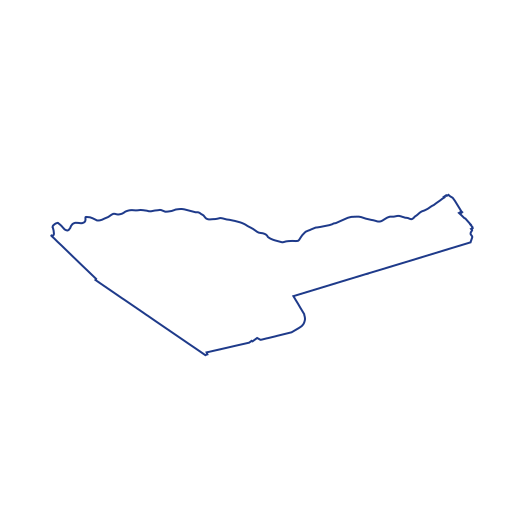 Uithoorn, Noord-Holland, Netherlands, rotated 195°
{"feature_id": "6326949B94592387287284", "entity_name": "Uithoorn", "entity_type": "district", "adm_level": 2, "iso_a3": "NLD", "parent_name": "Netherlands", "parent_adm1": "Noord-Holland", "projection": "equal_earth", "projection_center": [4.794, 52.234], "detail": "fine", "context": "isolated", "style": "outline", "palette": "blue", "viewbox_px": 512, "rotation_deg": 195, "n_neighbors": 0, "source": "geoboundaries", "source_scale": "gbopen_adm2", "svg_char_len": 5980}
<svg xmlns="http://www.w3.org/2000/svg" viewBox="0 0 512 512"><g transform="rotate(195 256 256)"><path d="M52.3,324.7L52.3,325.3L52.0,329.3L52.0,329.9L52.0,330.1L52.0,330.3L52.2,330.7L52.4,331.0L52.6,331.2L52.9,331.4L54.1,332.4L54.3,332.6L54.4,332.8L54.5,333.1L54.6,333.6L54.6,334.4L54.6,334.6L54.4,335.0L54.0,336.4L53.9,336.8L54.0,337.0L55.2,337.8L54.0,338.8L54.5,339.4L54.6,339.5L54.6,339.9L54.5,340.0L57.0,341.8L56.8,342.0L57.6,342.5L63.5,346.4L64.5,346.5L65.6,347.1L68.6,348.8L71.1,350.1L70.4,350.8L69.7,350.1L69.1,350.7L68.9,350.7L68.8,350.8L68.2,351.7L68.8,352.0L69.7,352.7L70.7,353.7L78.1,360.7L80.3,362.5L81.1,363.1L82.4,363.5L83.6,363.8L84.9,364.3L85.9,364.9L87.3,363.5L88.0,363.9L89.9,361.7L89.2,361.3L90.7,359.7L92.7,357.1L95.5,353.8L97.5,351.2L98.1,350.7L99.0,349.9L99.9,348.9L101.5,347.0L102.0,346.4L102.7,345.7L103.6,344.9L104.5,344.1L105.2,343.5L105.8,343.1L107.0,342.3L107.4,342.0L108.1,341.3L108.8,340.5L109.6,339.4L110.5,338.0L111.3,336.9L111.5,336.6L112.3,335.8L112.4,335.6L112.8,335.1L113.0,334.8L113.5,333.7L114.1,332.9L114.6,332.3L114.9,332.1L115.4,331.8L115.7,331.7L116.4,331.7L117.1,331.7L117.4,331.8L117.8,331.8L119.1,332.0L119.8,331.9L120.4,331.9L121.1,331.7L122.1,331.6L123.5,331.7L124.7,331.7L125.9,331.8L127.5,331.8L128.0,331.8L128.4,331.7L129.2,331.5L130.0,331.2L132.6,329.9L133.3,329.6L136.6,328.7L137.1,328.5L137.3,328.3L137.7,328.1L139.1,327.1L140.3,325.9L141.9,324.2L143.0,323.0L144.0,322.1L145.2,321.4L146.1,321.1L147.6,320.8L149.6,320.9L152.0,320.9L154.0,320.7L157.2,320.6L159.6,320.5L164.5,320.8L166.9,320.6L170.1,319.7L173.9,318.5L175.6,317.6L177.3,316.6L183.9,311.3L187.2,308.6L187.7,308.3L188.6,307.9L189.3,307.6L189.9,307.1L190.6,306.4L193.1,304.8L199.0,301.9L201.2,300.8L204.1,299.5L205.5,299.0L205.7,298.9L206.0,298.7L209.3,296.2L210.4,295.3L210.7,295.0L211.9,294.2L212.3,293.9L213.7,292.8L213.9,292.7L214.7,291.7L215.5,290.3L216.1,289.2L216.7,288.1L217.5,285.9L217.9,284.7L218.2,283.7L218.5,282.8L218.7,282.5L218.8,282.2L219.1,281.8L219.4,281.5L219.8,281.3L220.4,281.1L221.5,280.7L222.6,280.5L223.3,280.3L224.4,280.1L227.5,279.1L228.7,278.7L230.2,278.1L230.7,277.9L232.9,276.6L233.3,276.4L233.7,276.2L234.0,276.1L234.8,276.0L237.1,276.0L239.4,276.0L241.7,276.0L243.6,276.1L244.4,276.2L246.5,276.5L247.2,276.7L248.5,277.1L248.8,277.2L249.3,277.4L249.7,277.7L250.5,278.5L251.8,279.2L252.4,279.4L253.5,279.6L255.1,279.7L255.4,279.7L257.8,279.4L258.3,279.4L258.9,279.3L259.5,279.3L260.4,279.5L260.7,279.5L261.3,279.7L265.9,281.4L266.4,281.5L267.9,281.9L270.7,282.5L272.0,282.8L273.8,283.4L275.3,283.8L277.7,284.2L279.9,284.4L280.7,284.4L282.1,284.4L285.8,284.4L287.0,284.3L291.0,284.1L293.8,283.7L294.2,283.7L295.9,283.7L297.7,283.7L299.0,283.6L299.9,283.5L300.4,283.4L300.8,283.2L303.0,282.0L304.5,281.3L305.9,280.8L306.9,280.5L308.1,280.1L310.0,279.4L310.8,279.2L311.5,279.1L312.4,279.1L313.1,279.2L313.5,279.2L313.9,279.4L314.4,279.6L315.3,280.2L316.8,281.3L317.2,281.6L317.6,281.7L317.8,281.8L318.4,282.0L319.4,282.2L320.0,282.4L321.5,283.0L322.0,283.1L322.8,283.2L323.1,283.2L323.5,283.2L325.4,282.7L325.8,282.6L327.1,282.6L337.3,282.5L339.1,282.3L340.3,282.1L342.1,281.5L344.4,280.6L345.6,280.1L347.4,278.8L348.5,278.1L349.0,277.7L352.9,276.0L355.1,275.3L359.3,275.8L359.9,275.8L360.4,275.7L360.9,275.6L362.4,274.9L365.6,273.7L368.2,272.4L368.8,272.1L369.7,271.8L371.1,271.5L373.2,271.5L375.5,271.2L376.4,271.1L377.1,271.0L378.7,270.7L379.4,270.6L382.4,269.4L383.4,269.1L384.1,268.9L387.8,268.2L388.7,267.9L390.0,267.4L391.3,266.7L392.1,266.2L392.7,265.8L393.5,265.2L394.2,264.5L394.8,263.7L395.7,262.8L396.5,262.1L397.0,261.8L397.7,261.4L399.1,260.7L399.4,260.6L399.9,260.4L400.5,260.3L401.6,260.2L402.3,260.2L403.1,260.2L403.7,260.1L404.4,259.9L404.9,259.7L405.1,259.5L405.6,259.1L406.4,258.3L407.0,257.6L408.6,255.7L408.8,255.5L409.0,255.3L412.0,253.0L413.4,251.8L414.1,251.2L416.1,250.0L417.2,249.6L418.3,249.3L418.9,249.2L419.3,249.3L420.6,249.6L423.8,250.2L425.2,250.3L425.7,250.4L426.3,250.4L427.1,250.3L430.0,249.8L430.3,249.7L430.6,249.5L430.6,249.3L430.7,249.1L430.4,247.9L430.1,247.0L430.1,246.7L430.0,246.0L430.0,245.7L430.1,245.3L430.2,244.9L430.5,244.3L430.7,244.1L431.1,243.7L432.0,243.0L432.3,242.8L432.9,242.6L433.3,242.4L433.8,242.3L436.0,242.0L438.8,241.4L439.3,241.2L439.6,241.0L440.1,240.7L440.7,240.2L441.5,239.4L442.1,238.0L442.5,236.9L442.6,236.3L442.6,235.9L442.6,235.5L442.7,235.0L443.2,233.8L443.6,232.8L444.0,232.4L444.3,232.1L444.5,232.0L444.8,231.8L445.2,231.8L445.4,231.8L446.2,231.8L447.2,232.0L448.1,232.3L448.7,232.8L449.6,233.3L450.2,233.7L451.2,234.4L452.4,235.1L453.6,235.7L455.7,236.6L455.8,236.7L456.0,236.7L456.3,236.6L456.9,236.2L457.7,235.7L458.5,234.9L459.5,233.5L459.7,233.2L459.8,233.0L459.9,232.7L460.0,232.5L460.0,231.5L460.0,231.2L459.6,230.8L459.2,230.2L458.5,228.9L458.3,228.6L458.1,228.2L457.2,225.9L457.0,225.4L456.9,224.9L456.9,224.6L456.9,224.4L457.0,223.9L457.1,223.6L457.2,223.4L457.3,223.3L457.5,223.2L457.9,223.0L458.2,222.9L458.4,222.9L459.6,223.0L457.2,221.6L455.9,221.0L451.6,218.5L447.1,216.1L431.9,207.6L420.5,201.3L404.5,192.5L404.9,191.3L400.2,189.6L374.1,180.4L372.5,179.9L368.8,178.6L360.8,175.8L348.6,171.5L347.6,171.1L346.6,170.8L346.2,170.6L345.4,170.4L335.9,167.0L303.4,155.6L298.6,153.9L290.5,151.1L279.2,147.1L278.2,148.0L277.5,148.4L278.8,150.1L260.6,159.7L254.8,162.8L251.8,164.4L240.2,170.5L238.3,172.9L237.6,172.6L237.3,172.6L233.7,177.1L230.4,176.3L230.1,176.2L229.9,176.3L229.5,176.4L228.3,177.0L224.2,179.3L223.5,179.6L219.1,182.0L216.7,183.3L215.0,184.3L201.9,191.5L195.6,197.9L194.3,199.4L193.6,200.3L193.1,201.4L192.9,201.7L192.7,202.2L192.4,203.2L192.3,204.0L192.2,204.7L192.2,205.2L192.2,205.8L192.2,206.5L192.3,207.5L192.5,208.1L192.5,208.3L192.7,208.8L193.0,209.5L193.5,210.5L194.0,211.3L194.4,212.3L200.0,217.7L203.1,220.8L206.5,224.0L207.3,224.8L207.6,225.1L209.1,226.5L209.5,226.9L144.3,267.5L144.2,267.4L143.7,267.7L143.8,267.8L114.1,286.2L71.3,312.9L56.0,322.4L52.8,324.4L52.3,324.7Z" fill="none" stroke="#1e3a8a" stroke-width="2"/></g></svg>